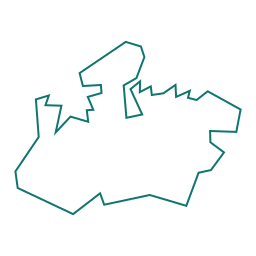 map outline of Madhya Pradesh (Robinson projection)
{"feature_id": "IND-3261", "entity_name": "Madhya Pradesh", "entity_type": "State", "adm_level": 1, "iso_a3": "IND", "parent_name": "India", "parent_adm1": "", "projection": "robinson", "projection_center": [78.282, 23.967], "detail": "coarse", "context": "isolated", "style": "outline", "palette": "teal", "viewbox_px": 256, "rotation_deg": 0, "n_neighbors": 0, "source": "natural_earth", "source_scale": "10m", "svg_char_len": 675}
<svg xmlns="http://www.w3.org/2000/svg" viewBox="0 0 256 256"><path d="M125.7,41.9L140.9,46.5L144.4,57.1L136.4,78.1L123.7,85.4L126.4,117.8L142.2,114.5L130.5,89.1L140.1,81.3L139.8,92.1L150.8,86.4L151.8,95.0L163.4,93.3L175.5,84.9L176.1,96.9L189.8,90.8L188.0,97.8L196.6,100.0L207.7,91.3L240.6,109.5L236.3,131.9L210.1,131.0L210.4,142.3L224.0,152.4L210.9,170.1L198.6,172.7L186.3,205.8L149.7,195.0L104.2,204.7L100.1,193.3L73.1,214.1L17.7,188.0L15.4,171.4L38.7,137.0L35.9,99.4L48.8,95.5L45.5,105.2L61.4,105.7L55.7,132.4L70.5,116.6L88.2,121.8L86.8,110.2L93.3,109.8L87.8,96.9L101.5,93.0L100.9,85.0L82.9,86.0L79.6,73.1L125.7,41.9Z" fill="none" stroke="#0f766e" stroke-width="2"/></svg>